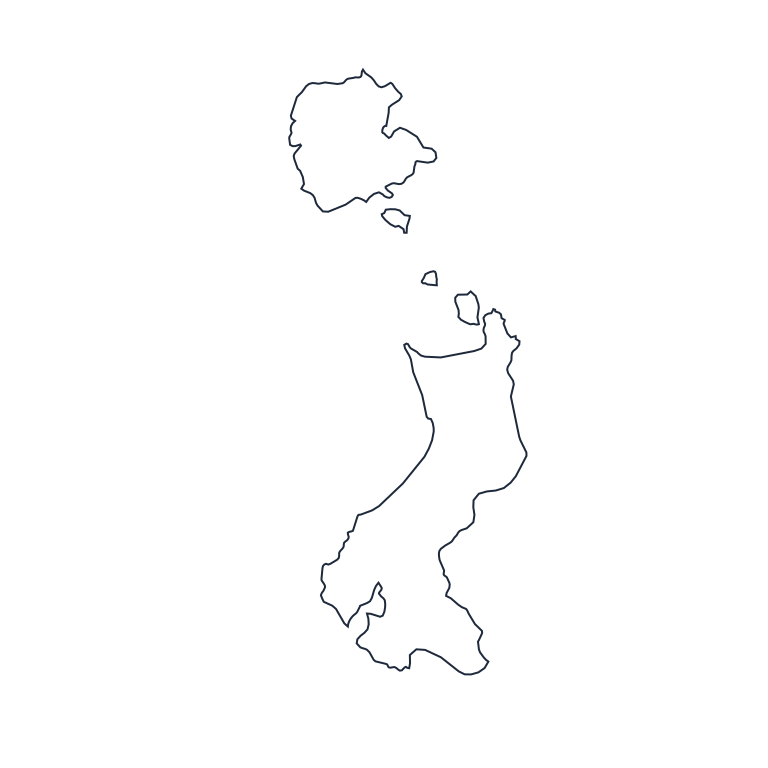 Bangka-Belitung, Mercator projection, rotated 239°
{"feature_id": "IDN-1231", "entity_name": "Bangka-Belitung", "entity_type": "Province", "adm_level": 1, "iso_a3": "IDN", "parent_name": "Indonesia", "parent_adm1": "", "projection": "mercator", "projection_center": [106.711, -2.366], "detail": "fine", "context": "isolated", "style": "outline", "palette": "slate", "viewbox_px": 768, "rotation_deg": 239, "n_neighbors": 0, "source": "natural_earth", "source_scale": "10m", "svg_char_len": 5418}
<svg xmlns="http://www.w3.org/2000/svg" viewBox="0 0 768 768"><g transform="rotate(239 384 384)"><path d="M395.1,420.3L403.8,420.4L407.1,421.5L407.1,424.0L405.8,425.1L404.4,425.1L402.7,425.0L400.7,425.3L394.5,428.8L392.5,429.2L389.3,430.4L386.3,433.2L377.5,446.4L365.8,478.3L364.2,485.7L366.0,491.8L372.7,495.7L374.7,496.1L377.4,496.3L379.0,497.0L380.8,498.6L381.9,500.3L383.3,501.6L386.1,502.1L389.4,503.3L390.8,506.3L390.6,509.7L389.4,512.5L391.1,515.3L391.9,516.3L390.5,517.5L388.9,516.8L387.5,517.9L385.9,519.3L383.6,520.1L382.3,519.7L381.0,519.1L379.8,518.7L376.7,520.5L375.7,519.7L375.0,518.4L373.9,517.5L363.8,515.8L358.6,516.8L357.3,521.5L355.4,520.6L354.7,520.1L350.9,522.2L348.1,520.2L346.3,516.0L345.7,511.8L344.8,509.8L342.8,508.1L338.7,505.4L337.2,503.3L335.0,499.0L332.9,497.0L329.3,496.0L320.3,496.3L316.9,495.1L307.9,486.3L269.1,472.7L265.3,471.9L252.0,470.8L249.0,469.1L237.0,449.4L234.2,441.7L233.1,433.1L235.1,425.0L238.9,416.9L241.1,408.8L238.2,400.9L232.4,397.1L225.2,394.1L219.5,389.4L217.7,380.5L218.9,375.1L219.0,373.0L218.5,371.2L216.9,368.3L216.1,365.3L214.3,361.5L213.9,359.4L214.0,353.1L213.4,347.7L212.3,345.4L210.5,343.8L207.5,342.2L204.4,341.0L193.4,339.5L192.5,339.0L190.6,337.4L189.8,337.0L188.6,337.2L186.6,338.1L185.8,338.3L179.8,337.6L178.2,337.0L175.6,335.0L172.6,330.0L170.4,328.1L166.0,330.9L156.5,334.0L152.6,335.8L148.9,338.5L147.1,338.7L143.6,338.3L131.4,338.3L122.0,340.8L120.5,340.2L119.5,339.2L115.5,333.3L114.8,331.9L107.7,328.7L104.5,328.1L98.2,328.7L94.9,329.4L92.3,330.5L88.7,323.9L88.2,316.4L90.2,309.1L93.6,303.6L99.1,300.1L120.5,292.0L134.9,282.3L139.9,275.1L138.4,266.6L131.1,262.4L127.4,259.2L128.8,257.7L130.3,257.1L130.4,255.5L129.4,251.9L130.1,250.0L131.8,249.1L133.9,248.4L135.8,247.4L136.4,246.3L137.5,243.5L138.4,242.3L139.5,242.0L141.9,242.3L143.0,241.6L150.6,233.9L152.9,233.1L161.5,233.4L165.0,232.5L166.8,231.3L168.2,229.9L170.4,228.1L175.7,227.0L178.9,229.7L180.3,234.4L180.8,239.0L182.2,243.5L185.9,247.1L190.8,249.7L196.0,251.2L193.9,254.2L186.5,260.8L186.1,263.6L188.6,267.0L192.1,270.0L194.7,271.7L198.3,273.3L200.7,273.1L203.2,272.2L206.9,271.7L207.7,272.4L209.0,275.8L210.1,276.9L211.4,277.1L216.5,276.9L215.0,273.1L212.6,269.6L206.9,263.4L205.0,260.1L205.0,256.5L206.2,249.3L205.7,248.8L202.4,243.6L201.8,241.8L201.4,238.8L201.0,237.2L200.0,234.5L198.6,232.0L196.8,229.8L194.7,228.1L199.2,226.7L215.9,227.0L220.6,225.5L228.3,220.2L231.8,220.5L235.4,221.1L236.9,223.0L238.0,225.7L240.2,228.8L241.7,229.5L243.8,229.6L247.9,229.4L249.1,230.0L257.8,236.4L259.3,237.8L260.0,239.7L259.8,241.6L257.9,243.3L257.5,245.5L257.5,253.2L258.1,255.5L259.7,257.0L261.4,258.0L262.6,258.9L263.4,260.5L264.4,263.9L265.1,265.3L266.2,266.3L267.5,267.1L268.5,268.1L268.9,269.8L269.1,272.1L269.9,273.9L271.3,275.1L273.5,275.6L275.2,276.4L275.1,278.2L274.4,280.3L274.2,281.8L284.1,293.0L285.0,294.7L284.1,296.6L281.8,308.7L281.9,316.9L289.0,348.9L300.8,381.2L305.5,389.1L311.0,396.2L317.6,402.1L320.7,403.9L325.5,405.7L329.8,406.2L331.6,404.1L333.9,403.7L354.8,411.0L379.0,415.1L391.2,419.7L395.1,420.3ZM679.8,474.2L678.9,477.6L677.1,480.1L675.4,482.1L674.6,483.7L672.9,488.7L665.2,498.5L663.1,503.5L663.2,505.2L664.2,508.2L664.3,509.9L663.7,511.7L662.2,515.3L661.8,516.9L661.4,517.7L660.6,518.9L659.7,520.3L659.3,522.1L660.0,523.5L663.2,526.0L664.3,527.9L660.0,528.1L653.4,531.0L649.6,531.7L645.2,531.9L641.9,532.7L639.7,534.6L638.8,538.1L638.8,544.8L636.9,545.7L631.7,545.9L627.2,546.7L623.8,547.8L621.4,547.3L619.5,543.2L619.3,534.7L618.6,530.7L614.0,527.6L604.1,518.9L604.5,518.6L604.7,517.3L604.3,515.5L602.9,513.7L600.8,512.2L599.7,512.3L598.6,513.2L596.0,513.7L592.4,514.9L592.4,517.6L595.3,522.7L595.4,529.7L590.4,533.8L578.9,539.6L566.4,539.6L561.2,546.0L556.1,547.5L550.8,545.3L549.2,541.1L551.2,535.5L557.9,527.3L558.2,526.5L557.8,525.2L556.9,524.5L556.1,523.9L554.9,522.2L549.9,518.2L549.1,516.5L549.0,514.3L549.2,511.9L549.2,509.9L548.5,508.0L547.5,506.3L546.7,504.5L546.6,502.1L547.6,499.8L551.1,495.8L551.8,493.9L552.3,487.1L551.2,486.4L547.9,486.9L543.3,489.0L541.5,489.0L540.4,486.9L540.7,484.7L542.4,482.7L544.8,481.1L547.3,480.5L550.9,478.4L552.1,473.3L551.3,467.3L549.2,462.5L551.6,461.5L554.6,459.6L557.1,457.4L558.2,455.5L557.5,443.6L560.4,424.9L563.4,420.5L571.1,418.9L574.1,419.0L579.5,420.4L582.6,420.3L585.6,419.1L591.0,415.0L594.0,413.7L596.6,418.4L603.2,421.0L609.9,421.9L613.0,420.9L622.8,422.9L625.9,424.0L627.6,426.0L631.0,435.6L632.4,435.6L633.6,430.5L634.9,428.2L637.4,426.7L643.2,429.2L644.4,430.0L646.3,433.4L647.1,434.2L650.3,435.1L652.9,437.1L654.6,440.0L655.3,443.3L659.1,441.5L661.9,442.3L674.8,457.1L676.5,464.0L679.3,470.5L679.8,474.2ZM421.2,489.4L422.5,493.3L417.8,501.5L418.7,506.0L413.2,507.5L412.3,507.9L403.8,506.0L400.6,504.6L393.0,498.4L386.4,496.2L387.0,494.3L388.6,492.5L389.4,491.9L390.7,488.8L391.5,488.1L395.7,485.2L399.4,483.1L403.2,482.3L405.8,484.4L409.0,486.0L417.7,487.5L421.2,489.4ZM512.0,478.0L513.0,474.6L517.7,471.7L523.8,469.7L528.7,468.9L530.7,469.5L530.4,472.2L531.2,473.5L532.5,475.3L530.6,479.4L528.0,483.6L524.7,486.8L518.1,488.6L514.8,492.7L512.6,491.0L507.2,484.8L502.0,481.3L503.3,479.2L506.6,480.5L509.4,479.2L512.0,478.0ZM456.8,476.1L456.3,481.0L455.2,484.4L453.9,485.6L451.3,485.2L449.3,484.1L446.5,483.2L444.5,481.7L441.4,480.1L444.3,476.1L446.8,472.7L449.3,471.1L449.6,470.2L450.3,469.3L451.9,468.9L452.8,469.5L454.3,472.6L456.8,476.1Z" fill="none" stroke="#1e293b" stroke-width="2"/></g></svg>